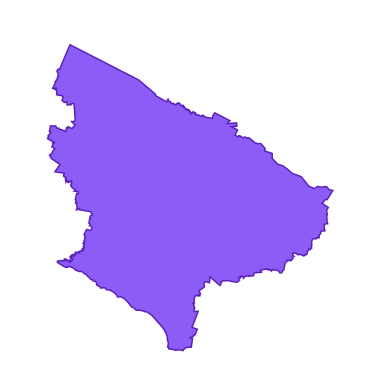 Tararua District, Manawatu-Wanganui, New Zealand (Equal Earth projection), rotated 85°
{"feature_id": "76426892B74237617683232", "entity_name": "Tararua District", "entity_type": "district", "adm_level": 2, "iso_a3": "NZL", "parent_name": "New Zealand", "parent_adm1": "Manawatu-Wanganui", "projection": "equal_earth", "projection_center": [176.211, -40.389], "detail": "fine", "context": "isolated", "style": "filled", "palette": "violet", "viewbox_px": 384, "rotation_deg": 85, "n_neighbors": 0, "source": "geoboundaries", "source_scale": "gbopen_adm2", "svg_char_len": 6068}
<svg xmlns="http://www.w3.org/2000/svg" viewBox="0 0 384 384"><g transform="rotate(85 192 192)"><path d="M250.8,331.8L255.8,325.0L256.2,322.7L255.5,322.1L255.6,320.3L257.0,317.4L259.7,314.7L261.5,310.9L261.5,308.8L264.0,306.3L265.3,304.0L267.0,303.4L267.4,302.5L270.4,300.2L271.0,298.4L272.1,298.2L272.6,296.2L273.5,295.2L276.4,295.0L277.2,294.0L277.3,293.3L278.5,292.0L279.6,291.7L279.9,289.9L279.5,288.7L280.0,287.1L281.0,286.0L281.8,286.0L282.6,282.3L285.7,277.9L287.9,276.2L290.1,275.4L290.2,272.0L292.0,269.1L295.9,265.6L300.1,263.0L301.7,261.6L302.0,260.2L304.4,258.5L305.1,257.2L304.9,256.4L305.7,252.3L307.2,249.3L307.5,247.6L308.6,245.9L311.4,242.7L323.9,233.5L327.2,231.5L329.1,230.9L329.4,230.4L334.1,229.2L336.8,229.4L340.9,228.7L344.3,229.8L344.4,229.0L346.3,228.7L347.1,225.1L348.2,222.3L348.0,217.9L349.3,214.9L347.5,213.2L346.6,211.7L346.3,208.0L346.5,206.2L337.6,204.2L336.9,207.3L336.6,205.2L336.0,204.4L335.7,203.1L334.8,202.6L334.6,201.4L329.2,198.7L326.8,203.7L311.3,196.2L311.2,200.3L308.7,200.4L308.6,199.7L307.9,199.3L304.6,200.2L302.8,199.4L302.7,200.4L302.1,199.7L297.0,198.6L295.3,197.2L295.9,196.0L295.9,194.9L295.6,194.7L296.1,194.5L296.0,193.1L294.8,193.3L294.4,192.4L293.7,193.0L292.7,192.8L292.4,193.3L290.9,193.4L288.0,188.5L287.0,187.8L283.8,188.2L282.5,186.2L283.9,182.5L278.1,181.4L287.6,172.3L285.3,170.8L283.9,170.9L283.9,170.0L283.1,168.7L283.4,167.7L283.2,164.9L285.9,155.1L284.1,152.3L282.3,153.1L280.8,152.3L281.5,151.4L281.0,151.4L280.9,150.7L280.2,150.7L280.5,148.9L282.4,148.2L281.1,147.2L280.6,145.7L280.5,144.0L281.0,142.3L280.3,141.4L280.8,141.3L280.8,138.1L278.0,137.0L278.0,129.9L277.5,130.2L276.5,129.7L275.7,130.2L275.3,125.6L275.6,125.2L274.9,124.0L275.7,123.6L275.7,123.2L275.8,123.5L276.3,122.2L275.6,121.9L277.1,120.3L276.8,119.9L277.2,119.7L276.8,119.6L277.0,119.2L276.2,118.0L276.8,117.5L276.9,115.2L278.3,112.7L280.2,111.6L280.4,109.8L278.5,108.6L277.9,107.5L270.7,105.3L268.9,103.2L269.0,102.9L268.1,102.8L268.6,102.1L268.9,99.9L268.5,99.8L268.9,99.0L268.3,98.9L267.0,97.1L265.6,97.3L264.8,96.7L264.9,96.1L262.5,97.6L261.5,95.4L262.4,93.9L262.2,93.6L263.6,92.3L263.3,91.9L263.8,91.3L263.4,89.9L264.3,88.4L264.5,87.1L265.3,86.8L265.2,85.4L264.3,85.1L264.6,83.9L263.6,82.8L261.8,82.4L260.3,81.0L258.9,80.5L259.7,79.1L258.7,78.7L258.2,77.6L257.1,77.8L254.4,77.1L253.5,77.5L250.0,76.4L249.1,75.7L249.5,72.7L249.2,71.9L248.3,71.8L248.7,69.4L245.6,68.9L245.0,67.6L242.2,67.0L242.3,63.0L236.6,63.6L236.5,62.7L235.4,62.4L235.4,59.6L233.1,60.0L226.6,59.8L226.4,59.1L222.2,59.6L219.3,57.6L214.5,63.5L213.6,62.1L211.1,60.0L211.4,58.1L202.8,51.6L201.6,55.2L198.8,57.2L198.3,58.2L198.4,63.0L197.4,66.1L199.3,70.4L198.2,71.5L196.4,75.1L186.2,81.9L182.0,90.9L178.2,94.3L173.9,99.1L171.7,104.2L165.7,109.1L160.5,108.8L157.5,116.0L155.1,115.3L149.6,119.3L149.7,122.0L148.4,125.0L143.0,130.5L142.9,132.5L141.8,134.6L142.6,136.7L141.0,138.1L140.4,139.2L139.9,140.5L141.2,141.3L139.1,144.2L134.2,141.2L130.4,146.9L130.4,141.6L127.0,141.6L126.9,150.6L125.1,149.4L124.3,148.0L115.1,162.5L117.9,164.6L120.4,165.3L118.6,172.1L117.4,173.3L117.4,174.3L118.0,174.5L116.5,174.4L117.3,176.7L115.9,178.4L115.8,180.3L114.8,180.9L115.0,181.6L113.4,181.9L112.6,183.1L112.8,183.6L112.2,184.0L112.6,185.0L113.4,185.0L114.1,185.6L113.9,186.4L111.3,187.0L111.6,187.9L110.1,187.9L110.3,188.4L109.7,188.5L109.8,189.7L108.9,190.0L109.0,190.7L108.6,190.6L108.5,191.4L106.6,192.1L106.8,192.7L106.3,192.5L105.9,193.4L105.6,192.9L104.9,193.2L104.8,194.2L105.1,194.6L104.7,195.9L103.6,196.0L102.3,197.0L102.6,197.9L102.1,198.1L102.7,198.9L102.7,199.7L103.7,199.9L103.9,200.6L102.1,202.8L102.5,203.7L101.9,204.1L102.0,204.9L100.8,205.7L100.0,205.7L100.0,206.4L99.2,207.2L97.4,207.8L99.9,209.6L93.0,219.6L91.3,220.0L75.7,235.4L34.7,300.7L58.3,313.3L58.0,314.6L58.4,315.4L60.3,316.0L62.5,314.8L65.3,315.7L65.6,315.2L66.5,316.2L68.4,316.8L68.8,317.6L69.5,317.8L70.5,318.9L71.4,318.6L76.6,321.8L77.8,319.5L76.6,319.2L76.6,318.2L83.5,318.1L84.8,313.1L85.7,312.1L89.6,313.5L91.7,311.2L91.4,308.8L94.4,308.8L94.5,304.8L93.5,304.8L93.6,301.8L110.3,302.1L111.3,303.2L111.6,305.1L110.8,306.3L115.1,302.6L118.2,305.9L117.9,307.1L117.0,308.0L116.2,309.8L116.9,310.0L116.9,310.9L117.3,311.5L118.0,311.5L118.1,311.0L119.1,312.0L120.8,312.1L118.3,317.1L118.0,318.7L116.8,319.1L116.6,321.1L114.5,321.9L114.2,322.6L114.3,324.1L113.7,327.2L119.4,328.8L120.2,327.2L122.2,329.0L122.6,330.0L123.7,330.5L124.2,330.0L126.3,331.3L130.6,324.7L131.0,324.9L130.7,326.3L130.9,326.6L131.5,326.0L132.2,326.6L133.1,326.4L134.7,327.7L136.7,324.9L140.3,327.9L141.4,327.8L142.7,330.7L146.5,329.1L153.1,321.1L159.9,326.8L162.2,317.5L164.4,318.5L165.4,318.4L166.8,316.0L168.0,317.0L170.9,316.7L169.7,316.1L171.7,314.6L171.4,313.9L170.8,313.9L171.4,313.5L171.4,312.6L170.4,311.2L172.0,310.9L174.5,312.2L175.7,311.5L176.2,311.9L180.4,307.7L180.9,309.0L182.1,305.0L184.0,305.6L183.6,307.1L189.3,308.9L190.4,308.2L192.6,309.0L192.9,307.7L194.3,308.2L197.8,307.7L199.7,308.6L198.9,305.7L199.8,305.9L202.9,294.2L204.6,294.3L205.5,293.4L206.1,293.5L206.6,293.9L206.8,295.1L207.8,295.7L209.4,296.1L209.5,295.5L210.7,296.7L212.7,296.8L213.6,297.6L215.8,296.2L216.5,296.8L216.4,296.0L219.0,294.8L221.1,296.0L221.5,296.7L220.1,300.2L225.1,303.3L225.9,302.6L226.9,302.7L227.7,302.1L229.2,303.3L230.0,302.7L231.1,303.2L231.2,303.7L231.9,303.3L232.8,304.4L233.9,303.9L234.2,304.9L235.0,304.0L236.2,304.2L236.9,305.0L237.8,304.2L239.3,305.0L238.6,305.5L238.7,306.0L241.0,305.8L240.3,306.9L241.0,307.4L241.0,308.6L242.0,309.3L242.9,309.3L242.5,310.2L241.6,310.6L242.1,312.0L242.9,312.2L241.9,313.4L243.6,314.1L244.7,314.0L245.6,314.9L245.5,315.5L244.4,314.8L243.8,315.1L244.4,317.6L245.3,318.4L245.2,317.3L246.0,317.8L245.5,318.7L246.0,319.2L246.7,318.3L247.8,318.7L247.6,317.3L248.1,316.7L248.3,317.5L249.7,317.3L251.1,318.9L249.0,319.6L249.1,320.2L250.7,320.7L249.0,322.0L249.5,323.4L248.8,323.6L248.1,323.1L247.5,324.4L247.8,325.0L249.6,325.3L249.7,325.7L248.8,326.7L249.5,328.7L248.6,329.8L249.1,330.4L249.1,331.8L249.8,332.4L250.8,331.8Z" fill="#8b5cf6" stroke="#5b21b6" stroke-width="1.5"/></g></svg>